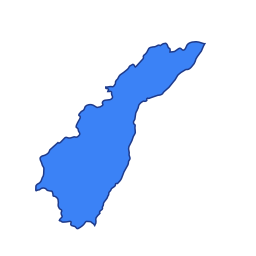 map outline of Cajamarca (Equal Earth projection), rotated 45°
{"feature_id": "PER-578", "entity_name": "Cajamarca", "entity_type": "Department", "adm_level": 1, "iso_a3": "PER", "parent_name": "Peru", "parent_adm1": "", "projection": "equal_earth", "projection_center": [-78.825, -6.177], "detail": "fine", "context": "isolated", "style": "filled", "palette": "blue", "viewbox_px": 256, "rotation_deg": 45, "n_neighbors": 0, "source": "natural_earth", "source_scale": "10m", "svg_char_len": 5147}
<svg xmlns="http://www.w3.org/2000/svg" viewBox="0 0 256 256"><g transform="rotate(45 128 128)"><path d="M103.9,44.6L105.4,42.9L106.8,41.0L107.1,39.5L107.7,36.0L108.3,34.8L109.4,34.4L110.8,34.4L112.0,34.0L112.6,32.6L112.3,30.9L111.1,27.7L111.0,25.7L111.6,23.8L112.6,21.9L115.1,18.9L117.3,17.2L122.2,14.6L122.7,14.1L123.4,16.6L125.5,21.8L126.5,28.3L127.2,31.1L128.4,33.4L129.1,35.4L129.3,36.2L129.7,40.1L129.7,41.3L129.6,42.4L129.2,43.7L128.8,44.4L127.9,45.4L127.5,45.9L126.2,51.2L126.0,53.1L125.9,54.4L125.9,55.6L126.2,56.8L127.2,60.6L127.4,63.0L128.2,70.4L127.8,76.8L127.9,78.1L128.0,78.6L128.2,79.3L128.1,79.8L128.0,80.4L127.5,81.7L126.6,83.0L126.3,83.3L126.0,83.7L123.3,89.2L123.2,89.4L122.0,92.0L121.8,92.4L121.6,92.6L120.9,92.9L120.7,93.2L120.6,93.5L120.7,94.1L120.7,94.3L120.9,94.5L121.5,94.8L121.7,95.0L121.8,95.4L121.8,95.9L121.2,97.1L121.0,97.3L120.9,97.4L120.4,97.7L120.1,97.9L119.9,98.2L119.8,98.5L119.6,99.0L119.3,100.4L119.2,101.4L119.3,103.5L119.7,104.6L120.8,106.4L121.1,106.9L121.4,107.9L121.7,108.5L122.6,111.2L123.0,112.1L126.6,116.9L126.8,117.5L126.9,117.8L127.2,119.0L127.3,119.3L127.5,119.7L127.9,120.1L128.6,120.7L129.4,120.9L129.8,120.9L130.5,120.8L130.9,120.9L131.5,121.4L132.7,122.9L135.1,124.9L136.5,126.2L137.0,127.5L137.8,130.3L139.7,134.2L141.8,140.5L143.2,142.4L146.2,144.5L147.8,146.3L150.3,147.6L151.1,148.3L151.4,148.9L151.9,150.8L152.0,151.2L153.4,153.0L154.0,154.2L156.2,161.9L159.1,168.4L159.5,169.9L159.7,171.3L159.8,174.5L159.6,175.0L159.3,175.2L158.9,175.5L158.7,176.2L158.9,176.6L159.6,177.6L159.8,178.2L159.7,179.5L159.4,181.0L159.2,182.6L159.9,184.5L160.0,186.3L160.1,187.1L160.8,188.0L161.6,189.0L161.9,190.4L162.8,192.4L163.5,197.3L163.8,198.3L164.2,199.0L164.8,199.6L165.3,200.4L165.6,201.5L165.7,202.0L166.1,202.4L166.5,202.6L166.9,203.0L167.2,203.7L167.2,204.3L167.1,204.8L167.0,206.7L167.1,207.1L167.4,207.7L167.7,207.9L168.1,208.0L168.4,208.1L168.5,208.9L168.5,211.3L168.9,214.0L169.9,215.5L171.3,216.6L172.5,218.0L172.9,219.2L173.4,220.5L171.9,220.2L171.3,220.2L169.5,220.5L168.9,220.5L168.2,220.6L167.5,220.9L164.7,223.4L164.4,224.3L164.5,225.0L164.8,226.6L164.9,228.1L164.8,229.9L164.4,232.2L163.8,234.4L163.4,234.9L162.9,235.2L160.8,235.1L160.1,235.2L157.2,236.8L156.5,236.9L155.8,236.7L155.3,236.2L154.6,235.1L154.2,234.7L153.6,234.7L152.9,235.1L150.5,238.4L148.4,240.7L147.6,241.1L146.2,241.3L145.6,241.8L144.8,241.9L144.4,240.8L144.3,238.2L144.2,237.5L144.0,237.1L143.5,236.8L142.4,236.4L141.5,236.0L140.6,235.1L140.2,234.4L139.9,233.6L139.3,233.2L138.9,233.0L136.6,233.5L134.3,232.8L133.1,231.9L131.5,230.0L129.2,228.1L128.5,227.8L127.5,227.6L125.9,227.7L125.0,227.9L124.4,228.2L123.4,228.9L123.0,228.9L122.7,228.7L121.4,227.6L119.4,226.6L118.7,226.6L117.2,227.8L115.1,229.1L114.1,229.2L112.8,229.1L112.6,229.1L112.4,229.2L111.4,229.7L110.4,230.4L110.1,230.9L109.6,231.6L109.4,232.3L109.3,232.7L109.1,233.9L109.0,234.3L108.9,234.6L108.7,234.9L108.5,235.1L108.3,235.3L108.1,235.6L107.4,237.3L107.1,237.3L106.7,237.1L104.0,234.2L103.7,233.6L103.6,232.4L103.7,231.6L104.2,229.7L104.3,229.1L104.2,228.4L104.1,227.6L104.0,226.9L102.4,223.4L102.3,222.9L102.2,222.3L101.7,221.4L100.9,220.2L98.0,217.0L96.8,215.8L95.1,215.2L94.2,215.1L90.8,213.4L88.6,212.6L87.7,211.9L87.2,211.5L86.9,210.9L86.8,210.3L87.1,208.4L87.6,207.7L88.1,206.7L88.7,205.4L89.1,203.9L89.2,203.2L89.3,202.3L89.2,201.3L89.0,200.6L88.2,198.6L88.8,187.8L89.5,187.7L89.8,187.5L90.1,187.0L90.3,186.5L90.4,185.4L90.3,179.6L90.5,178.9L90.9,178.3L91.9,177.7L93.2,177.0L94.3,175.8L96.1,172.4L96.8,171.8L97.7,171.3L98.1,170.8L98.4,170.2L98.6,169.5L98.6,168.6L98.6,167.7L98.5,166.9L98.0,166.2L97.5,165.8L95.0,165.1L93.4,164.0L92.1,163.9L90.9,164.1L90.2,163.5L89.5,162.3L88.5,159.5L87.5,155.9L87.2,155.1L86.7,154.2L86.0,153.7L85.4,153.6L84.8,153.8L84.3,153.8L83.8,153.2L83.6,152.7L83.3,149.4L83.8,147.6L83.9,146.8L83.9,146.1L83.6,145.4L82.8,143.6L82.6,142.9L82.7,142.2L82.8,141.3L83.3,140.2L83.8,139.3L84.6,138.3L85.2,137.7L86.1,137.1L87.3,136.5L91.6,135.4L93.4,132.7L93.9,130.7L94.0,129.9L93.7,129.2L93.0,128.8L92.2,128.5L91.7,127.8L91.5,126.9L91.5,126.1L91.7,125.4L92.0,124.8L95.1,120.9L95.4,120.3L95.6,119.6L95.8,118.9L95.7,118.1L95.5,117.5L95.0,116.9L94.3,116.5L93.0,116.0L92.0,115.3L91.7,114.9L91.3,114.5L90.8,114.2L90.3,114.2L89.6,114.5L89.0,115.4L87.9,116.5L87.6,115.9L87.6,115.6L87.4,115.0L87.1,114.6L86.5,114.4L85.6,114.7L85.1,115.1L84.6,115.5L84.0,115.5L83.3,114.7L84.2,113.9L86.1,111.3L86.7,110.7L87.3,110.2L87.8,109.9L88.4,108.8L87.9,105.9L87.2,104.9L86.5,104.2L86.4,103.9L86.2,103.3L86.0,102.6L86.0,100.7L85.8,100.0L85.1,97.9L85.0,97.1L84.9,95.9L85.7,91.3L86.1,87.2L86.1,85.9L86.0,85.4L86.0,85.0L85.6,84.0L85.5,83.3L85.5,82.9L85.5,82.6L85.7,82.0L86.4,79.6L86.7,79.4L87.2,79.2L88.1,79.3L88.7,79.5L89.2,79.7L90.0,79.7L90.2,78.2L89.7,68.4L89.4,67.6L88.9,67.1L88.4,66.8L88.0,66.2L87.8,65.2L88.0,63.4L87.9,62.2L87.8,61.3L86.5,57.1L86.6,56.1L87.0,55.0L88.4,52.9L89.3,51.9L89.9,50.8L90.8,48.0L91.4,47.4L92.1,47.1L92.6,46.9L92.8,45.8L93.1,44.1L93.5,43.2L94.8,41.4L96.1,41.3L97.1,41.5L98.8,42.3L99.8,42.6L100.3,42.6L101.2,42.3L101.7,42.4L102.3,42.8L102.9,43.3L103.9,44.6Z" fill="#3b82f6" stroke="#1e3a8a" stroke-width="1.5"/></g></svg>